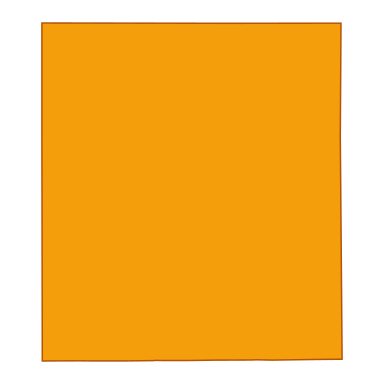 Seward, Kansas, United States of America
{"feature_id": "52423323B8139899408087", "entity_name": "Seward", "entity_type": "district", "adm_level": 2, "iso_a3": "USA", "parent_name": "United States of America", "parent_adm1": "Kansas", "projection": "albers", "projection_center": [-100.862, 37.193], "detail": "fine", "context": "isolated", "style": "filled", "palette": "amber", "viewbox_px": 384, "rotation_deg": 0, "n_neighbors": 0, "source": "geoboundaries", "source_scale": "gbopen_adm2", "svg_char_len": 396}
<svg xmlns="http://www.w3.org/2000/svg" viewBox="0 0 384 384"><path d="M41.9,23.0L41.9,136.4L42.3,361.0L51.2,360.9L79.6,360.8L90.7,360.9L126.0,360.9L154.3,360.6L154.6,360.4L163.3,360.5L188.2,360.5L216.9,360.1L222.5,360.1L250.6,360.0L256.6,359.8L272.1,360.1L312.9,359.5L342.1,359.2L340.3,136.4L341.0,23.2L327.9,23.2L227.7,23.3L41.9,23.0Z" fill="#f59e0b" stroke="#b45309" stroke-width="1.5"/></svg>